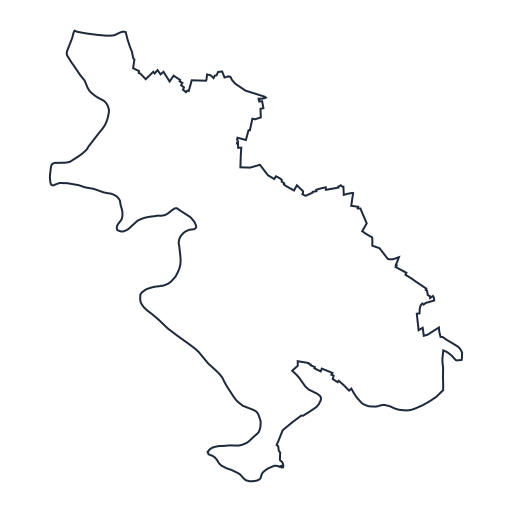 outline of Ung Hoa, Ha Noi, Vietnam
{"feature_id": "81297802B95308085705563", "entity_name": "Ung Hoa", "entity_type": "district", "adm_level": 2, "iso_a3": "VNM", "parent_name": "Vietnam", "parent_adm1": "Ha Noi", "projection": "robinson", "projection_center": [105.789, 20.711], "detail": "fine", "context": "isolated", "style": "outline", "palette": "slate", "viewbox_px": 512, "rotation_deg": 0, "n_neighbors": 0, "source": "geoboundaries", "source_scale": "gbopen_adm2", "svg_char_len": 5997}
<svg xmlns="http://www.w3.org/2000/svg" viewBox="0 0 512 512"><path d="M74.6,30.7L73.9,31.9L73.4,33.2L72.3,37.7L67.0,51.3L66.7,53.2L66.8,54.1L67.1,55.4L71.6,62.6L73.5,65.2L80.2,75.1L84.6,80.5L85.2,81.8L87.5,87.6L89.5,90.9L90.9,92.4L94.8,95.6L97.0,97.1L103.7,100.7L105.8,102.6L107.3,104.9L107.9,106.1L108.9,109.5L108.9,112.2L108.2,115.9L107.5,118.7L106.8,120.9L105.2,124.6L103.5,127.3L101.6,129.8L98.4,133.7L88.6,146.4L86.8,149.4L85.2,151.0L81.9,153.9L79.0,156.0L69.8,161.9L65.4,162.7L54.9,162.9L54.0,163.1L52.2,164.0L51.9,164.4L51.3,165.6L51.0,166.8L50.0,174.9L49.9,177.7L50.3,181.9L50.7,183.6L51.3,184.7L52.1,185.2L53.0,185.4L54.3,185.1L55.8,184.3L58.4,183.4L59.8,183.0L67.3,183.2L78.8,185.2L84.9,187.3L93.9,188.9L103.7,192.4L107.6,193.2L110.8,193.6L113.5,194.6L116.5,196.2L118.5,198.3L119.9,200.6L120.6,204.8L121.8,209.1L122.4,212.0L122.5,213.5L122.4,216.2L121.7,219.1L120.3,221.2L118.1,224.0L117.0,226.2L116.9,227.0L116.8,228.4L117.2,229.9L118.4,230.6L120.7,231.4L122.8,231.5L123.8,231.3L125.9,230.4L128.2,229.2L137.5,220.7L141.9,218.7L145.7,217.5L150.8,216.6L155.3,216.1L157.6,215.6L160.8,215.8L164.5,215.2L166.2,214.5L167.8,213.5L172.4,209.9L174.8,208.4L176.0,208.2L176.9,208.3L179.3,210.0L189.9,216.8L191.3,218.1L194.0,221.4L194.7,222.4L196.0,225.5L196.2,227.0L195.9,227.7L195.1,228.6L194.1,229.2L189.8,229.7L188.7,230.0L186.2,231.1L184.7,232.0L183.3,233.1L181.2,235.5L180.3,236.8L179.2,239.3L178.7,242.3L178.8,243.7L179.3,246.6L180.4,256.6L180.6,260.6L180.4,264.2L179.5,268.1L179.0,269.3L177.9,272.0L176.0,275.8L174.7,277.6L170.9,281.7L168.1,283.7L166.5,284.4L163.7,285.5L162.7,285.8L161.1,285.8L159.6,286.2L155.4,286.6L151.5,287.5L147.3,288.9L145.5,289.7L141.9,292.4L140.9,293.7L140.4,294.6L140.3,295.1L140.2,299.9L140.8,302.6L142.0,304.7L143.6,307.0L145.6,309.0L147.9,311.0L151.9,314.0L158.4,319.5L167.7,328.4L176.5,335.1L190.0,344.8L195.1,348.7L198.7,352.0L208.3,363.6L215.4,370.0L218.6,373.1L220.7,375.5L222.3,377.6L224.8,382.7L227.1,386.7L233.4,396.4L236.4,400.4L238.4,402.3L242.9,405.8L252.1,409.4L254.0,410.2L256.2,411.5L256.8,412.1L257.8,413.5L258.7,415.3L260.4,420.3L260.7,422.4L260.4,426.9L259.5,430.3L258.8,431.9L258.0,433.0L253.2,437.2L249.4,440.9L246.7,442.9L242.2,444.8L238.5,445.6L229.6,445.4L224.0,445.9L219.4,446.0L215.4,446.7L213.0,447.4L211.4,448.2L210.0,449.2L209.1,450.1L208.3,451.2L207.6,451.8L208.5,454.2L209.5,454.7L212.6,455.9L214.8,457.4L217.1,460.0L218.3,462.2L219.3,463.6L221.4,465.6L226.8,468.4L231.4,469.9L238.0,473.1L239.5,474.0L240.8,475.2L243.3,478.0L245.0,479.6L246.1,480.3L248.9,481.1L249.9,481.3L253.9,481.1L256.3,480.7L258.3,480.0L259.6,479.2L260.3,478.5L260.8,477.6L261.5,474.9L262.3,473.2L263.4,471.9L265.6,470.1L267.9,468.5L273.2,466.2L274.7,465.7L277.0,465.9L278.2,466.1L279.1,466.8L279.9,466.8L280.3,466.1L281.2,465.9L281.6,467.5L283.0,467.4L283.2,467.1L283.3,465.6L282.7,462.9L281.9,461.8L280.3,460.6L280.0,460.0L279.9,459.0L280.2,452.5L279.2,451.4L278.8,450.6L278.6,449.8L278.5,448.0L278.1,446.1L276.6,445.0L278.4,441.0L282.7,430.2L292.4,422.2L301.1,415.7L303.0,415.7L303.9,415.2L309.2,411.9L315.6,407.6L316.8,406.6L318.8,404.2L320.1,401.5L320.5,400.9L320.9,399.7L320.9,397.5L320.0,395.9L317.1,393.7L308.8,389.6L305.4,386.6L298.9,377.4L296.0,374.3L292.2,370.7L297.5,366.0L297.8,365.5L297.7,361.2L308.4,363.0L308.4,363.5L310.7,364.5L310.6,365.3L314.8,367.0L314.4,368.3L320.7,371.4L321.8,368.6L332.4,372.9L331.4,374.7L333.6,375.6L332.8,379.1L337.7,382.2L338.7,380.8L343.7,385.1L349.1,390.6L351.3,388.6L353.5,392.5L356.4,397.0L357.9,398.8L361.8,403.1L363.3,404.1L365.5,405.1L367.8,406.0L369.6,406.4L375.9,406.6L377.9,406.2L381.7,405.1L383.2,404.9L384.6,405.0L386.9,405.5L389.7,406.2L394.8,408.5L398.3,409.6L401.2,410.0L405.5,410.4L408.4,410.3L411.3,409.8L414.5,408.8L422.6,405.3L430.1,401.0L436.2,396.9L443.1,390.2L443.2,386.4L443.0,377.7L443.1,367.6L442.5,362.9L442.4,358.7L443.3,350.4L446.7,351.9L448.5,353.1L452.0,355.9L453.5,357.7L455.8,360.1L456.6,360.4L461.5,360.0L461.9,358.6L462.1,352.6L461.0,350.3L459.7,348.4L458.3,346.9L453.7,344.0L447.2,340.2L442.6,337.0L440.5,336.9L439.2,331.4L438.9,327.5L427.6,334.7L423.8,335.8L422.7,327.8L418.6,330.2L416.8,313.7L419.5,313.4L419.7,309.0L420.2,306.6L420.9,305.1L422.3,303.5L423.6,304.6L425.8,302.9L427.7,302.4L434.2,300.5L433.8,297.4L432.9,296.0L430.1,298.0L429.9,296.2L427.8,295.1L427.0,290.6L425.7,289.9L426.3,288.6L415.8,281.6L411.5,278.5L405.5,274.8L406.4,272.8L395.6,267.0L396.7,265.4L395.8,264.9L397.1,262.0L398.9,257.2L393.6,259.1L390.5,259.4L387.8,258.9L379.5,248.2L372.3,245.7L372.4,241.6L372.2,237.4L368.6,235.4L364.3,232.8L363.9,232.3L362.2,231.2L366.7,223.4L360.4,208.5L357.7,208.4L358.1,206.8L351.2,205.8L353.1,193.1L352.5,192.9L347.5,193.8L343.8,194.9L343.4,186.7L342.1,186.5L340.8,185.3L338.4,186.6L338.4,187.6L325.9,189.8L325.7,187.3L319.7,188.7L316.2,189.8L316.4,191.2L312.7,191.8L312.7,192.6L305.9,195.7L304.9,195.6L302.4,194.2L303.0,193.1L303.1,191.3L296.9,185.3L294.0,190.5L287.0,186.6L283.9,184.6L284.3,183.4L281.7,181.6L281.8,179.9L279.7,178.2L275.9,176.3L274.3,179.0L268.0,175.3L259.9,164.8L250.2,167.6L240.4,167.3L240.8,154.9L241.3,147.7L238.1,147.8L238.0,143.4L237.0,143.4L237.2,142.6L238.0,142.4L237.7,140.5L237.0,139.6L237.5,137.7L245.9,140.0L248.5,130.3L249.9,130.3L252.4,118.7L255.0,119.3L260.8,117.4L260.5,108.9L263.4,108.1L262.1,101.2L259.2,101.5L258.6,98.7L261.4,98.8L264.4,98.2L265.8,97.6L264.7,96.7L245.4,90.6L235.4,83.8L232.0,80.0L230.4,76.8L229.0,76.7L228.6,76.3L224.5,77.5L222.1,71.5L218.1,72.0L216.5,75.4L214.8,75.6L213.6,78.1L211.2,75.8L209.9,75.1L207.0,74.5L206.5,79.6L206.0,80.7L191.7,80.3L188.8,91.0L187.3,90.6L186.0,92.2L183.0,89.7L184.0,87.4L181.1,85.2L182.4,82.9L179.6,81.3L180.1,79.9L173.6,75.7L169.6,81.5L163.5,71.8L160.6,74.4L157.5,70.1L154.7,73.5L153.3,71.8L145.7,79.2L140.5,73.7L138.7,73.0L139.0,71.1L133.1,68.2L134.4,59.6L133.2,58.1L131.9,51.6L129.9,46.7L127.6,39.7L125.7,32.1L123.8,31.7L122.8,31.7L120.4,32.4L115.1,34.9L113.4,35.4L109.8,35.7L106.8,35.7L98.4,35.0L86.7,33.5L77.2,31.8L74.6,30.7Z" fill="none" stroke="#1e293b" stroke-width="2"/></svg>